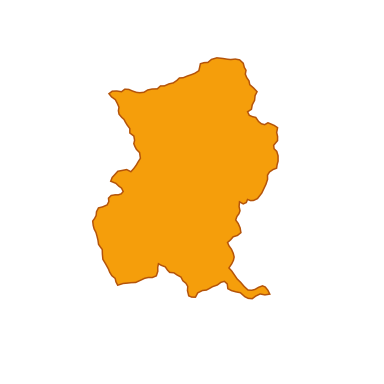 Miradouro, Minas Gerais, Brazil, rotated 57°
{"feature_id": "56859067B1408644769677", "entity_name": "Miradouro", "entity_type": "district", "adm_level": 2, "iso_a3": "BRA", "parent_name": "Brazil", "parent_adm1": "Minas Gerais", "projection": "mercator", "projection_center": [-42.39, -20.852], "detail": "fine", "context": "isolated", "style": "filled", "palette": "amber", "viewbox_px": 384, "rotation_deg": 57, "n_neighbors": 0, "source": "geoboundaries", "source_scale": "gbopen_adm2", "svg_char_len": 2795}
<svg xmlns="http://www.w3.org/2000/svg" viewBox="0 0 384 384"><g transform="rotate(57 192 192)"><path d="M96.9,93.3L93.0,98.1L91.4,103.5L92.0,108.1L90.1,111.4L89.0,115.1L91.9,118.0L94.0,120.2L94.0,124.9L93.3,128.4L92.2,132.7L91.4,137.1L89.5,140.5L90.2,143.9L90.3,148.3L88.8,152.4L88.0,157.3L85.9,160.7L86.6,164.9L83.9,169.4L82.3,173.6L82.2,178.0L80.3,181.7L78.2,184.3L74.9,186.9L71.6,189.1L69.2,192.3L69.5,196.5L66.3,200.1L64.0,204.0L64.3,208.1L68.4,207.7L72.8,206.0L77.1,206.4L81.1,207.1L83.8,209.5L87.0,210.8L91.1,210.3L94.1,209.5L97.0,209.8L100.6,209.9L104.9,209.6L108.7,212.0L113.4,210.3L117.4,212.0L119.8,214.5L122.8,215.1L126.1,215.4L130.4,214.5L135.6,216.9L137.4,220.8L139.0,223.9L140.6,228.0L141.7,232.2L137.6,234.6L136.3,237.8L134.2,242.9L135.4,247.4L136.3,251.0L138.7,254.3L143.3,251.1L147.2,250.2L150.3,249.0L154.1,249.4L155.0,252.4L154.2,255.4L152.5,258.0L150.9,261.7L151.7,265.4L154.7,267.0L156.6,270.2L155.8,275.0L154.4,279.1L156.5,282.8L159.5,285.2L161.2,288.2L162.3,291.1L166.1,293.0L169.7,294.2L173.7,294.6L177.5,295.8L181.2,297.1L185.0,298.9L188.0,298.8L191.4,298.6L195.3,301.0L199.9,303.4L205.3,303.6L211.0,304.0L214.5,304.7L218.5,304.8L222.6,303.5L225.9,304.7L229.7,305.1L231.2,299.6L233.1,296.0L234.8,292.6L237.2,288.5L238.0,283.0L238.6,278.7L239.9,275.2L242.1,271.9L242.9,267.6L239.9,263.9L236.4,261.7L233.9,259.2L236.6,257.8L240.2,255.2L244.2,255.1L247.3,254.5L249.9,251.2L253.5,249.7L257.3,247.6L261.5,248.0L265.3,246.8L268.9,247.0L272.2,249.5L277.3,251.3L280.0,249.5L282.1,246.4L279.7,242.1L280.3,236.9L282.1,233.3L282.4,230.0L282.6,226.3L283.8,221.4L283.5,216.9L284.6,213.5L288.3,212.5L292.6,214.6L296.2,212.6L299.7,209.5L302.8,206.3L305.7,205.5L308.6,204.7L311.8,202.8L314.3,199.6L314.0,195.2L314.6,190.4L318.0,186.9L320.0,182.4L315.8,181.9L311.6,182.3L309.1,184.0L308.2,188.1L308.0,192.3L306.9,195.5L304.8,198.4L299.7,199.7L294.3,200.4L289.4,201.5L284.9,201.6L280.0,201.7L275.8,202.4L273.8,197.7L271.8,194.4L269.5,192.1L265.9,190.8L261.5,190.1L257.2,190.3L253.7,189.7L253.1,185.6L252.0,181.9L253.2,177.5L252.7,173.1L248.3,171.2L243.6,170.4L239.3,170.6L237.0,167.7L235.8,164.5L233.9,162.0L229.8,160.4L226.1,157.5L229.9,155.5L230.4,152.2L228.5,149.5L231.1,147.6L232.6,145.0L233.2,140.7L230.9,134.1L228.5,130.2L225.8,125.8L222.5,121.7L219.0,119.5L217.4,116.1L217.3,111.8L218.1,108.1L215.6,105.9L213.0,103.0L208.5,100.1L204.1,98.8L200.4,99.6L197.3,98.1L195.5,92.3L192.1,90.0L188.2,88.6L184.7,85.2L181.1,86.7L178.2,88.6L175.3,90.6L175.1,94.4L172.5,96.7L169.1,97.8L164.2,97.9L161.7,100.3L158.9,102.2L155.0,101.7L155.0,97.1L151.7,94.0L149.2,89.6L145.5,86.6L143.3,82.8L138.3,83.7L133.4,85.1L129.9,83.7L125.8,83.8L122.2,83.1L119.3,80.4L116.1,80.3L111.9,78.9L107.1,80.1L104.1,83.3L102.0,87.4L100.1,89.8L96.9,93.3Z" fill="#f59e0b" stroke="#b45309" stroke-width="1.5"/></g></svg>